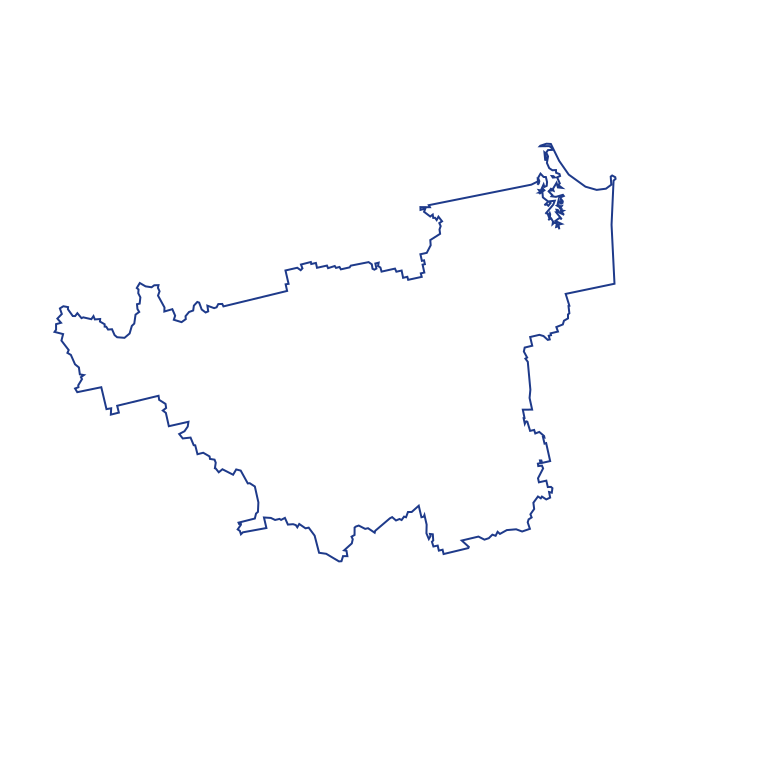 Gympie, Queensland, Australia, rotated 339°
{"feature_id": "25037944B82919316631597", "entity_name": "Gympie", "entity_type": "district", "adm_level": 2, "iso_a3": "AUS", "parent_name": "Australia", "parent_adm1": "Queensland", "projection": "orthographic", "projection_center": [152.893, -26.177], "detail": "fine", "context": "isolated", "style": "outline", "palette": "blue", "viewbox_px": 768, "rotation_deg": 339, "n_neighbors": 0, "source": "geoboundaries", "source_scale": "gbopen_adm2", "svg_char_len": 6123}
<svg xmlns="http://www.w3.org/2000/svg" viewBox="0 0 768 768"><g transform="rotate(339 384 384)"><path d="M192.2,202.2L187.6,205.8L188.7,207.8L187.1,211.2L187.6,215.8L184.7,221.4L182.0,221.0L180.7,225.6L181.3,229.0L176.9,230.2L172.5,238.1L169.4,239.4L164.6,245.7L158.3,247.9L151.6,244.7L150.0,241.8L149.7,235.4L145.9,234.3L145.2,231.0L143.8,230.3L144.6,228.1L141.2,223.9L142.3,221.6L137.2,220.1L137.1,216.5L134.0,218.6L127.1,214.0L125.2,214.1L123.1,208.0L120.0,209.9L117.8,209.0L115.7,200.9L116.6,199.0L112.5,196.5L108.5,197.3L108.3,203.2L102.5,205.9L104.4,211.1L99.3,210.6L97.3,215.8L95.1,217.3L102.3,222.4L98.4,227.9L101.8,239.3L99.6,241.5L102.1,244.6L102.6,254.9L105.1,259.2L103.5,266.0L107.0,268.1L103.5,269.0L103.8,271.2L98.1,275.6L97.6,277.5L94.0,277.5L94.7,281.7L118.9,285.7L115.9,308.0L120.6,308.9L118.0,314.7L126.2,315.7L127.1,308.7L169.3,314.2L168.4,318.2L172.9,324.3L172.0,328.3L168.0,329.5L170.0,332.8L168.0,346.3L187.9,349.2L185.5,353.4L180.8,356.6L174.9,357.3L176.6,362.7L184.2,364.7L184.4,372.9L185.8,373.6L184.7,382.7L190.6,383.4L195.2,389.1L194.7,391.6L198.7,393.9L198.7,397.2L195.5,402.8L196.4,401.9L198.1,407.2L202.6,405.7L210.6,414.6L215.4,410.8L219.2,413.5L221.2,428.0L223.1,428.5L226.7,433.4L224.3,449.5L220.5,458.2L218.1,459.1L215.2,463.3L198.5,461.3L198.6,462.7L200.4,462.6L200.0,464.1L195.3,467.3L196.8,469.5L196.6,473.0L199.1,471.9L222.6,476.3L224.1,465.6L230.4,468.5L233.6,471.9L238.1,472.5L239.2,474.0L243.5,473.5L243.9,480.8L248.9,482.3L251.1,484.1L251.7,486.7L254.7,484.3L259.0,490.6L262.2,491.1L264.9,500.7L262.9,518.3L269.2,521.8L278.4,533.5L280.8,534.2L284.1,530.0L288.1,531.6L289.2,526.3L287.2,525.0L296.8,521.3L299.2,517.7L299.0,514.9L302.4,514.4L305.1,507.5L306.7,507.0L309.7,507.1L314.5,512.5L317.4,512.9L322.0,519.5L323.2,517.9L341.4,511.5L343.9,511.2L346.3,515.7L350.1,515.6L351.7,517.3L355.2,515.0L356.8,516.3L360.5,512.1L364.0,513.4L372.8,510.1L371.2,521.8L373.6,522.1L374.8,520.8L373.4,530.6L370.1,538.6L370.3,544.8L373.0,542.6L373.2,540.5L375.7,541.8L373.9,547.7L372.2,548.5L371.9,553.4L376.2,554.1L375.5,559.2L379.3,559.7L378.7,564.1L403.9,567.4L404.8,566.5L400.5,558.0L417.5,560.3L422.0,565.3L426.6,565.5L431.2,563.5L433.8,565.7L437.1,562.7L438.5,565.5L446.3,564.4L455.3,567.0L460.1,571.2L468.3,571.5L468.6,564.6L470.5,562.2L474.0,561.5L474.0,558.1L479.4,554.5L480.9,548.4L487.4,544.2L489.4,546.9L491.1,545.7L494.1,549.9L498.4,549.6L499.4,544.0L501.7,545.6L503.9,541.6L503.0,539.9L500.0,538.9L500.9,532.4L493.4,531.3L494.0,527.2L502.3,519.8L502.2,516.8L498.6,515.9L499.1,513.5L501.8,513.9L502.2,511.3L503.5,511.8L503.3,514.3L511.5,515.5L514.2,497.3L512.5,497.2L513.4,490.6L514.6,491.4L514.8,489.9L511.8,484.4L507.5,484.4L507.7,480.7L503.6,480.1L504.3,470.6L503.5,469.9L502.9,469.9L501.2,471.6L502.1,465.9L503.0,466.1L504.4,457.7L513.1,461.0L514.9,449.2L518.6,441.8L526.2,414.8L525.1,411.0L527.1,410.6L526.2,403.8L528.4,400.4L536.1,401.4L537.3,392.5L546.7,393.8L550.1,396.4L552.7,401.5L554.7,401.8L555.1,398.0L557.4,398.3L557.7,396.4L565.2,397.4L565.3,392.6L572.3,392.5L574.7,389.4L579.3,388.7L580.7,385.0L582.4,384.4L584.2,377.3L585.1,377.4L585.9,365.0L635.1,373.0L653.5,316.9L671.2,276.4L673.7,275.5L674.0,273.8L671.7,271.1L670.0,271.6L667.6,279.4L661.2,281.2L652.1,279.0L642.8,272.0L631.5,254.7L627.5,238.5L625.8,219.7L621.8,217.9L615.8,217.6L615.3,217.6L614.7,217.9L623.7,221.2L625.4,224.3L625.2,225.8L620.9,224.4L618.4,226.1L618.7,230.3L615.3,236.0L615.6,241.7L617.8,244.8L621.2,245.9L620.4,248.5L623.1,250.9L622.9,252.9L619.7,253.1L620.0,259.7L618.0,260.7L620.5,264.7L616.8,262.8L617.2,258.0L611.6,262.4L611.5,264.3L609.7,262.7L608.5,263.9L610.5,261.1L607.2,263.2L606.4,262.4L608.9,268.1L607.7,268.8L611.6,270.9L618.8,271.5L619.2,272.9L615.1,273.0L616.5,277.9L615.1,276.4L615.0,278.3L616.1,278.3L616.0,278.7L616.3,278.6L616.0,278.7L616.1,278.3L615.0,278.4L614.2,277.7L614.0,278.7L612.9,277.8L612.9,274.9L610.2,278.9L611.0,279.5L609.5,279.5L611.0,281.5L613.5,281.7L611.4,283.3L612.5,284.4L611.5,285.3L613.5,286.5L611.3,286.8L612.3,289.3L612.4,289.8L612.2,290.0L609.1,286.8L608.6,283.8L607.5,283.2L607.5,285.6L606.2,285.3L609.0,293.8L607.2,291.9L602.4,293.2L607.2,298.2L604.0,297.7L603.1,302.4L603.6,299.3L601.0,299.1L603.0,295.9L599.9,294.1L599.5,294.9L598.7,295.2L600.0,292.9L599.4,289.3L596.1,289.7L598.0,289.1L600.0,285.0L600.0,283.9L597.8,286.2L597.8,282.3L595.7,283.0L606.3,277.2L609.1,274.1L603.7,272.7L604.4,274.7L601.3,276.5L600.1,274.5L597.9,274.5L602.8,272.7L599.2,266.7L600.8,261.1L603.1,260.6L602.5,259.3L600.1,261.4L597.1,262.1L598.1,261.3L597.3,260.9L600.3,260.6L599.9,260.4L598.7,260.3L598.2,260.1L599.3,260.2L598.4,259.7L598.1,258.5L599.8,259.5L604.5,254.9L604.3,257.5L606.9,257.3L608.6,253.9L609.3,248.8L607.2,247.9L605.5,243.7L601.7,246.8L601.7,250.3L600.3,252.3L598.7,252.9L601.0,251.0L601.1,250.0L600.7,248.7L600.3,250.0L593.0,250.7L489.9,233.1L490.2,235.4L481.4,231.9L480.5,234.5L485.5,235.0L483.1,237.6L487.2,244.2L490.2,243.3L489.5,246.6L491.2,247.1L491.9,249.8L494.8,247.3L496.5,252.9L493.3,253.6L493.5,256.9L491.2,259.6L490.2,263.9L478.8,266.2L477.3,271.2L470.9,276.9L464.5,275.9L463.5,282.6L465.7,282.9L465.1,286.8L462.8,286.4L461.6,294.4L458.0,293.9L457.6,297.5L443.9,295.4L444.2,292.3L439.9,291.7L441.1,284.4L435.8,283.6L435.6,280.2L422.0,278.2L422.4,274.0L420.7,271.7L422.5,268.8L419.1,268.4L418.3,273.5L416.0,273.8L414.6,272.3L415.5,267.9L413.3,264.7L395.4,261.6L393.7,262.8L384.8,261.5L384.4,258.8L380.8,258.4L380.3,256.2L373.3,255.8L373.2,253.0L363.1,251.5L363.8,246.6L359.1,245.9L359.4,243.9L349.3,242.7L349.3,246.8L347.0,247.9L344.7,244.4L332.7,242.7L330.8,256.3L327.9,255.7L326.9,262.4L261.9,254.0L261.7,251.3L257.9,250.0L255.2,252.4L252.6,252.3L247.2,247.6L245.9,253.2L243.1,253.3L240.5,249.1L240.6,241.8L239.1,240.5L234.6,242.7L232.2,247.0L227.8,246.9L223.0,249.6L222.2,252.4L217.2,253.7L210.8,248.7L213.5,245.4L213.2,238.3L204.9,237.6L206.5,233.9L204.7,220.5L207.7,217.0L207.4,213.2L208.9,210.9L204.9,209.5L201.7,210.4L196.4,207.4L192.2,202.2ZM616.1,229.9L617.4,226.3L616.8,225.2L614.6,233.2L617.0,230.7L616.1,229.9ZM617.5,252.3L616.7,250.7L615.2,250.0L615.6,251.8L617.5,252.3Z" fill="none" stroke="#1e3a8a" stroke-width="2"/></g></svg>